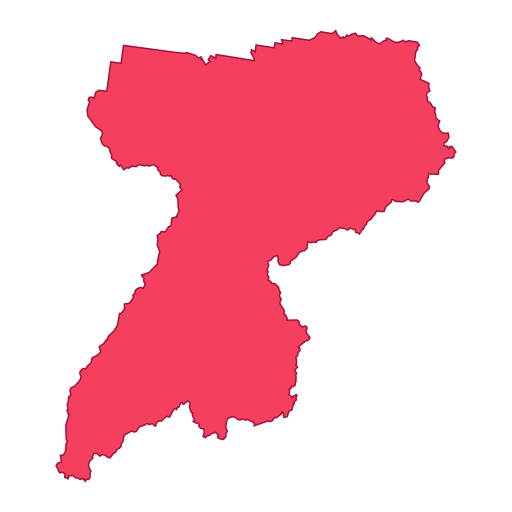 Southern Downs, Queensland, Australia (Mercator projection)
{"feature_id": "25037944B10938266492584", "entity_name": "Southern Downs", "entity_type": "district", "adm_level": 2, "iso_a3": "AUS", "parent_name": "Australia", "parent_adm1": "Queensland", "projection": "mercator", "projection_center": [152.017, -28.502], "detail": "fine", "context": "isolated", "style": "filled", "palette": "rose", "viewbox_px": 512, "rotation_deg": 0, "n_neighbors": 0, "source": "geoboundaries", "source_scale": "gbopen_adm2", "svg_char_len": 5971}
<svg xmlns="http://www.w3.org/2000/svg" viewBox="0 0 512 512"><path d="M454.1,156.3L453.9,154.1L455.9,152.0L452.3,146.8L450.1,146.3L449.4,148.6L447.8,147.8L447.9,146.5L443.9,145.6L443.8,143.4L446.4,141.7L449.0,137.2L448.2,133.1L443.0,133.3L440.1,130.8L438.0,126.2L439.7,120.7L437.5,119.7L435.9,117.7L435.6,114.2L434.6,112.3L435.3,107.7L432.6,106.9L430.3,102.9L427.5,100.9L427.5,97.6L426.3,95.2L427.2,92.8L429.9,90.8L428.6,86.9L429.1,83.4L419.9,79.2L421.7,75.1L421.1,72.2L419.3,70.0L420.0,67.9L417.5,65.5L414.6,60.7L415.7,52.0L417.7,49.2L417.4,47.3L419.6,45.4L417.2,42.1L408.4,40.7L405.0,42.0L403.5,40.2L398.1,42.5L394.1,42.0L388.0,38.4L386.1,38.3L386.2,40.3L383.5,41.0L380.3,43.7L377.9,43.4L375.3,41.7L371.4,37.8L371.1,39.9L363.9,35.8L357.6,36.0L355.5,33.2L350.7,34.5L350.1,35.7L348.2,36.0L346.7,35.0L345.3,37.2L343.9,37.8L343.3,36.9L340.7,38.1L337.3,34.7L335.7,30.7L332.1,33.6L320.8,31.8L317.7,33.7L315.0,37.5L309.4,40.3L292.3,37.7L291.8,41.1L281.6,39.7L282.8,44.0L275.0,42.8L274.1,47.8L256.1,45.0L255.1,51.7L251.6,49.7L250.9,52.5L254.2,58.8L254.4,60.7L216.1,54.5L215.6,58.1L210.8,55.7L208.1,59.8L210.0,61.6L205.5,64.9L202.9,60.2L201.6,59.9L202.0,58.8L201.1,59.0L201.0,56.9L198.5,57.9L195.3,55.2L186.1,52.5L186.0,53.4L176.1,52.5L123.5,45.4L121.1,63.3L110.8,61.9L106.8,91.2L98.6,90.3L95.6,92.5L94.3,98.2L91.7,97.1L89.3,97.3L88.2,99.8L89.6,102.0L87.1,109.6L87.7,115.9L95.8,126.9L101.6,130.8L102.4,132.9L101.9,136.1L100.4,138.0L102.1,143.6L104.4,145.9L106.6,146.3L109.4,148.4L110.2,152.4L111.6,154.4L111.5,158.3L116.9,161.8L116.8,164.0L119.3,166.3L120.4,165.0L123.9,169.8L126.6,167.6L128.5,168.2L132.0,166.1L136.1,166.7L139.2,164.6L144.8,165.9L147.5,165.0L148.1,165.9L150.1,165.9L153.8,164.6L156.4,166.9L158.2,167.2L157.6,169.5L160.2,172.2L160.5,174.3L161.7,175.6L166.2,176.1L167.6,175.2L169.7,176.2L170.8,175.3L172.6,178.6L173.9,179.3L175.2,178.8L179.0,182.6L180.6,185.2L179.6,187.2L181.9,189.8L176.0,195.3L177.9,199.2L178.2,207.6L179.1,211.3L176.9,215.3L176.8,216.8L171.9,218.0L170.9,225.9L168.6,226.8L165.1,232.0L161.1,231.5L160.5,233.0L157.1,235.6L158.0,239.0L157.2,244.9L159.7,251.7L157.5,260.7L157.4,264.0L149.0,272.5L141.6,275.0L142.2,276.7L143.9,277.7L143.7,281.1L145.2,284.4L143.2,288.4L140.3,287.3L137.0,288.8L134.9,291.1L135.1,293.1L132.9,295.1L133.3,297.7L130.0,302.5L128.8,303.4L124.4,304.0L124.5,309.1L121.1,313.6L119.6,313.4L117.3,325.6L114.2,330.7L108.4,336.3L107.0,340.1L106.1,340.0L104.0,343.4L99.2,346.7L100.8,352.0L97.0,355.4L92.1,357.9L91.0,362.8L87.4,366.0L85.7,369.0L82.8,368.5L80.0,371.7L79.9,373.8L81.2,377.1L79.7,380.5L75.2,385.8L70.9,387.9L69.9,390.3L70.8,394.5L70.3,395.9L68.7,396.6L68.1,402.8L67.2,403.9L67.9,409.1L66.9,410.6L67.7,411.4L68.2,414.4L69.1,414.6L65.8,425.3L66.2,439.0L67.3,441.7L65.9,444.6L65.7,451.0L63.2,455.1L60.4,455.2L61.4,462.1L57.8,463.1L56.1,465.5L59.6,472.8L62.1,472.2L64.9,473.8L64.8,477.6L66.4,477.5L67.9,478.9L68.6,478.0L68.2,476.1L73.0,475.5L75.5,477.8L77.8,478.0L80.1,479.5L82.4,478.5L83.5,479.8L84.6,479.3L85.2,481.3L87.0,479.1L88.3,479.6L89.9,477.9L90.2,472.2L90.9,471.2L88.7,466.9L88.6,464.2L89.7,461.1L92.8,458.2L92.5,456.2L93.7,453.6L96.8,453.4L99.7,456.1L102.2,454.6L105.6,455.3L106.8,456.9L110.1,457.9L113.1,453.7L115.7,452.3L116.6,449.7L119.4,448.2L121.4,446.0L120.9,444.1L123.0,441.5L124.1,435.3L131.7,430.8L133.6,431.9L136.0,431.7L139.3,426.9L144.6,425.1L146.8,423.4L149.3,424.6L152.4,423.6L155.0,426.2L155.7,425.9L156.4,423.0L158.8,421.0L161.4,421.0L166.5,416.3L169.5,417.2L173.6,409.7L174.4,408.8L176.9,409.4L176.8,407.8L179.1,406.9L180.6,402.7L182.2,402.5L183.0,404.3L184.1,404.0L187.6,400.8L190.2,402.6L189.5,407.0L191.2,412.3L192.7,413.1L192.2,414.6L194.5,420.2L193.2,421.5L196.1,423.1L197.6,422.9L199.3,424.5L198.8,426.1L200.4,428.1L204.0,429.3L204.2,433.2L203.1,436.4L205.3,437.7L207.4,435.6L209.6,435.4L211.1,433.8L215.8,432.2L217.0,434.0L218.5,434.3L218.7,435.6L217.5,436.3L218.0,438.0L222.4,439.6L224.1,438.8L225.8,436.8L226.0,433.4L227.3,431.2L225.7,426.9L226.8,420.6L227.8,418.6L230.8,417.1L234.3,416.8L238.4,419.8L240.8,419.9L241.9,418.7L245.8,420.2L246.8,419.4L248.5,419.9L253.2,422.1L254.4,424.0L254.1,425.8L268.1,420.9L269.7,421.7L272.4,420.7L274.5,417.5L276.6,417.7L281.6,413.6L282.1,412.0L283.8,414.0L283.3,415.5L284.0,417.5L287.1,416.7L289.1,411.1L291.9,409.9L293.3,404.7L294.4,403.6L293.9,402.0L296.5,399.8L295.8,397.4L297.0,395.9L296.5,394.7L293.7,395.8L292.5,397.4L288.6,394.2L289.7,392.2L289.3,389.2L290.8,388.7L291.4,386.5L293.1,386.7L295.1,385.3L295.3,382.1L296.2,381.2L295.5,380.1L296.2,378.4L295.7,375.5L296.6,373.1L294.6,370.4L297.6,367.0L295.9,365.0L296.7,363.2L296.0,357.0L297.8,355.5L297.7,353.1L300.1,350.3L299.5,347.7L298.2,346.9L305.1,341.4L308.4,340.1L310.0,337.5L306.5,333.2L306.0,330.4L307.2,328.2L306.6,326.7L305.1,325.9L301.8,327.1L299.0,323.4L299.1,321.5L297.1,320.0L287.1,320.2L287.4,318.9L285.5,314.9L284.1,314.5L284.2,310.3L280.2,304.1L279.9,302.5L281.3,299.0L280.2,298.1L279.5,295.3L280.6,292.2L279.3,291.1L278.5,287.1L275.0,283.7L271.8,283.3L270.6,281.4L268.4,280.2L268.8,277.2L267.3,274.5L268.1,271.5L267.0,270.3L268.7,265.2L267.8,262.1L268.7,260.8L270.8,260.2L274.0,256.4L277.3,255.7L278.3,258.4L277.9,261.1L279.5,264.6L283.5,265.6L289.2,264.5L290.4,262.9L290.2,261.3L295.9,257.4L299.3,252.5L302.7,250.7L304.3,250.8L306.9,248.5L307.8,241.9L311.3,242.7L312.7,242.0L316.2,242.4L317.0,240.9L319.4,239.8L325.8,239.5L328.2,236.1L330.8,235.4L333.1,231.5L337.5,229.7L339.4,227.8L344.6,228.5L347.9,230.1L350.0,228.1L355.0,229.7L355.9,232.6L358.3,232.9L359.4,234.1L362.4,229.4L363.4,229.3L364.3,226.4L366.7,223.9L367.1,221.7L371.6,218.8L371.8,217.5L374.5,214.9L376.7,210.9L382.0,211.7L384.4,211.2L385.5,207.1L391.0,202.3L391.7,199.8L392.9,199.7L395.5,201.4L403.1,201.8L408.2,199.1L411.2,201.1L415.8,200.9L417.6,202.2L419.2,201.6L423.8,193.5L429.1,188.7L429.5,186.7L427.1,182.9L427.2,179.0L428.3,177.7L428.7,174.0L438.5,174.2L438.5,170.4L444.9,162.8L444.2,161.6L445.1,159.0L449.0,157.7L452.5,158.1L454.1,156.3Z" fill="#f43f5e" stroke="#9f1239" stroke-width="1.5"/></svg>